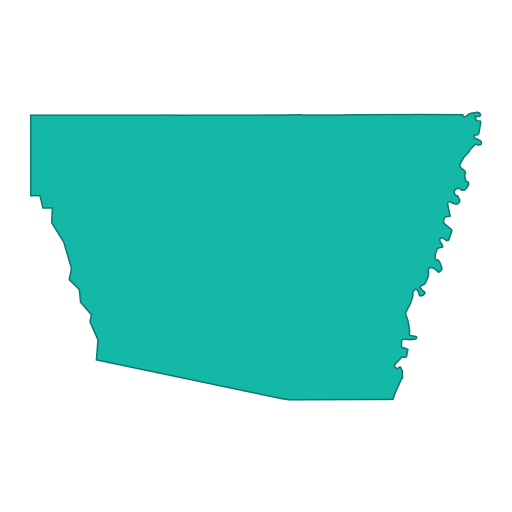 Washington, Louisiana, United States of America
{"feature_id": "52423323B43439565608947", "entity_name": "Washington", "entity_type": "district", "adm_level": 2, "iso_a3": "USA", "parent_name": "United States of America", "parent_adm1": "Louisiana", "projection": "albers", "projection_center": [-89.849, 30.835], "detail": "fine", "context": "isolated", "style": "filled", "palette": "teal", "viewbox_px": 512, "rotation_deg": 0, "n_neighbors": 0, "source": "geoboundaries", "source_scale": "gbopen_adm2", "svg_char_len": 2623}
<svg xmlns="http://www.w3.org/2000/svg" viewBox="0 0 512 512"><path d="M402.2,114.6L387.0,114.6L360.9,114.8L357.4,114.7L338.8,115.1L335.9,115.1L302.7,115.1L300.8,114.8L279.1,115.1L266.9,115.1L261.5,115.2L246.1,115.2L189.7,115.2L187.5,115.3L163.6,115.1L163.3,115.2L141.8,115.2L94.4,115.2L31.6,115.2L30.7,115.2L30.7,195.7L40.0,195.6L42.9,208.0L52.4,208.0L51.7,222.7L63.7,242.1L71.5,268.4L69.2,279.7L79.3,289.5L80.6,302.3L91.4,314.7L90.0,321.7L98.0,339.9L96.4,359.9L281.3,398.6L289.3,399.8L393.0,399.4L394.0,396.0L395.6,392.0L401.6,378.6L402.5,378.1L402.3,370.9L400.6,367.2L399.7,367.1L398.0,368.3L396.6,368.4L394.9,367.0L394.4,365.3L395.0,364.4L402.0,356.9L405.1,357.5L406.5,356.7L407.9,349.4L404.3,347.9L401.9,347.5L401.5,346.7L401.5,341.2L402.3,340.2L402.6,339.8L403.7,339.2L409.3,339.6L412.7,339.5L415.6,339.0L416.3,338.4L416.7,337.2L416.2,336.6L414.1,336.1L411.3,335.8L409.4,334.7L409.6,330.5L408.1,321.1L405.4,313.3L410.6,303.1L413.0,295.5L412.7,293.3L413.0,292.2L414.4,289.9L415.6,289.2L416.4,289.2L418.2,291.1L418.5,292.6L419.2,294.4L419.5,295.6L420.6,296.0L423.4,295.1L424.6,293.8L424.9,292.9L424.8,292.1L423.8,291.4L423.2,291.0L422.1,290.1L420.4,288.0L420.0,287.5L420.2,286.7L421.0,285.9L422.4,285.3L425.0,283.7L425.4,283.1L428.0,277.0L428.6,273.0L428.3,269.6L429.3,268.1L430.2,267.6L430.8,267.5L434.3,268.5L438.6,272.3L441.1,270.6L442.0,268.8L440.0,262.6L437.9,259.8L436.0,260.0L435.3,259.5L435.0,258.6L435.5,253.6L437.4,248.4L441.0,247.4L442.4,247.2L442.7,246.6L442.2,244.7L440.1,241.6L439.7,240.3L439.9,239.0L440.4,238.3L441.7,237.8L443.8,238.5L446.7,240.7L448.3,240.3L448.9,239.5L451.6,231.7L451.8,230.2L451.4,229.5L444.3,223.6L443.5,222.1L443.9,218.9L445.0,217.1L446.2,216.7L450.1,216.1L448.7,209.3L447.5,203.7L447.9,202.5L448.7,201.8L449.9,201.6L453.7,203.7L456.9,204.2L458.3,203.3L459.6,201.9L459.8,200.1L457.5,195.8L456.2,195.5L454.8,194.5L454.2,192.3L454.3,191.0L455.5,189.4L457.8,188.2L459.3,188.3L461.7,190.2L464.6,190.1L467.0,187.6L468.4,185.0L468.7,183.6L468.2,182.0L466.0,181.2L464.6,175.8L465.5,173.2L465.4,172.3L464.6,170.7L460.4,167.5L459.9,165.5L460.0,164.2L463.8,157.4L469.3,151.5L469.6,150.2L475.0,144.6L476.3,144.3L478.1,145.0L479.6,144.9L480.6,144.6L481.3,143.9L481.3,141.9L480.3,140.7L474.7,137.9L473.9,136.5L474.1,135.7L474.8,135.0L477.6,134.8L478.8,133.5L479.2,131.4L480.8,121.9L480.2,121.0L477.6,121.0L476.1,120.0L475.1,116.5L479.1,116.5L480.5,115.5L480.5,114.3L480.5,114.2L479.4,112.9L477.3,112.2L470.5,113.4L468.1,114.4L466.6,116.1L465.2,116.7L463.5,116.5L463.0,116.1L462.7,114.7L416.3,114.5L410.4,114.6L402.4,114.6L402.2,114.6Z" fill="#14b8a6" stroke="#0f766e" stroke-width="1.5"/></svg>